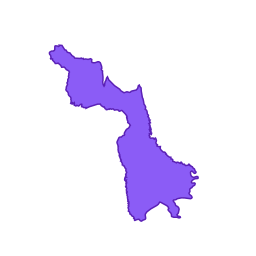 Maisa-Phoka, Leribe, Lesotho, rotated 160°
{"feature_id": "5366337B86145787410070", "entity_name": "Maisa-Phoka", "entity_type": "district", "adm_level": 2, "iso_a3": "LSO", "parent_name": "Lesotho", "parent_adm1": "Leribe", "projection": "mercator", "projection_center": [28.2, -28.776], "detail": "fine", "context": "isolated", "style": "filled", "palette": "violet", "viewbox_px": 256, "rotation_deg": 160, "n_neighbors": 0, "source": "geoboundaries", "source_scale": "gbopen_adm2", "svg_char_len": 5877}
<svg xmlns="http://www.w3.org/2000/svg" viewBox="0 0 256 256"><g transform="rotate(160 128 128)"><path d="M173.9,170.4L172.7,170.9L171.6,170.9L171.6,170.1L172.1,169.6L171.8,169.5L169.8,170.2L170.0,169.2L170.7,168.2L170.7,167.7L170.3,167.6L169.6,166.6L169.1,166.5L168.3,166.8L167.0,165.6L166.6,165.6L164.6,166.4L163.4,166.2L163.4,165.7L164.3,163.9L163.3,163.3L162.6,162.3L160.3,161.5L160.6,160.9L157.0,161.2L148.3,160.8L145.8,159.9L145.5,158.2L143.9,156.1L143.3,156.1L143.1,155.8L142.9,154.0L142.1,153.0L142.1,152.6L140.6,152.3L139.2,152.4L138.9,151.9L138.1,152.2L137.2,151.3L135.6,151.1L135.1,150.6L134.7,149.5L132.1,148.9L130.8,147.9L130.8,147.2L130.1,146.6L128.4,146.8L127.6,146.4L125.6,141.9L125.0,139.7L125.1,138.6L125.6,138.6L125.8,137.2L125.5,136.9L126.0,136.0L125.8,134.4L126.4,133.2L125.4,131.7L124.9,129.7L126.0,129.1L126.3,128.4L127.7,127.7L129.6,127.3L131.0,126.5L131.4,126.0L132.8,124.9L133.4,124.0L133.5,122.8L134.2,122.4L135.1,122.7L137.3,121.8L138.7,122.2L139.7,122.1L142.9,118.9L143.4,117.9L143.4,114.2L143.6,114.2L144.3,111.9L144.7,111.1L145.2,108.5L144.8,107.4L145.0,106.9L144.9,105.7L145.2,105.2L145.6,105.3L145.7,104.5L145.7,103.9L145.3,103.9L145.7,102.5L145.5,102.0L145.7,100.9L145.3,100.2L146.2,99.5L145.7,99.1L145.8,98.8L145.5,96.7L145.5,96.1L146.0,95.4L145.6,95.1L145.3,94.1L144.6,93.7L144.4,91.2L143.9,90.3L144.6,88.7L144.6,87.7L144.3,86.9L145.5,85.6L146.0,85.4L145.9,84.7L146.2,84.5L146.1,84.1L146.3,83.7L146.9,83.3L147.2,82.9L146.5,82.3L148.1,82.1L148.3,81.8L148.3,81.0L148.9,80.5L148.8,79.7L148.4,79.4L148.4,79.1L147.6,79.3L148.0,78.7L147.8,77.7L148.1,76.9L148.5,77.0L148.5,76.5L149.0,76.3L148.9,75.8L149.3,75.1L149.5,73.9L150.2,73.9L150.2,73.0L149.8,72.5L149.9,71.6L150.7,70.5L150.9,69.6L150.6,68.2L150.9,67.9L151.3,68.0L151.2,67.5L151.6,67.2L151.6,65.4L152.0,64.9L151.8,63.3L152.3,62.9L152.7,60.8L152.5,60.6L153.3,59.3L153.2,59.1L152.7,59.2L152.5,58.2L152.6,57.9L153.1,57.8L153.1,56.8L153.7,56.9L153.5,55.8L154.2,55.1L154.0,54.9L154.4,54.6L154.2,53.9L155.2,53.1L155.2,51.2L156.1,49.7L155.3,48.9L155.5,46.3L154.9,46.0L154.5,44.4L154.1,43.5L153.4,43.1L153.0,42.0L153.1,41.4L153.5,41.1L153.0,40.5L153.4,39.1L153.2,38.8L150.8,38.9L148.9,38.5L148.2,36.8L147.5,36.0L147.0,35.9L145.3,36.3L143.2,36.3L142.7,36.6L142.2,37.2L141.6,40.2L141.1,41.2L139.0,42.7L134.3,44.2L127.3,45.4L125.6,46.0L123.6,47.5L122.7,47.0L118.3,42.0L117.4,40.6L117.2,38.5L118.1,37.9L118.3,36.8L116.8,33.3L116.8,31.8L117.3,30.1L117.1,29.7L115.4,28.4L112.6,27.4L110.8,26.0L109.4,26.0L109.3,26.7L109.6,27.1L111.4,28.3L111.7,29.7L109.8,30.9L107.8,34.1L107.6,35.3L108.1,37.1L109.7,38.8L109.6,41.0L110.4,43.7L110.3,44.4L109.8,44.7L107.5,44.3L105.8,44.7L101.7,44.1L98.9,43.0L93.5,40.2L92.3,40.2L91.5,40.9L91.6,42.4L92.7,44.2L93.1,45.4L92.9,46.0L91.6,47.0L90.9,49.4L89.5,50.0L88.4,50.1L87.2,51.0L84.9,51.5L84.0,52.5L83.9,52.9L84.2,53.6L86.3,54.2L86.8,54.6L87.0,55.0L86.8,55.8L85.6,56.8L83.7,57.3L82.5,57.4L79.7,56.7L79.3,56.9L79.0,57.7L79.1,58.5L80.1,59.0L83.2,59.1L84.4,60.2L85.0,61.5L85.0,62.9L84.5,64.9L83.8,65.6L82.8,65.7L82.5,65.5L81.2,62.7L80.3,62.5L79.7,62.7L79.1,63.3L79.6,64.6L79.6,66.8L80.6,68.3L80.8,69.6L81.6,70.2L82.0,71.3L82.4,71.2L82.7,71.6L83.0,72.2L82.8,72.7L83.1,73.2L84.4,72.5L86.7,73.0L87.2,73.7L87.2,74.3L87.6,74.9L88.4,74.8L89.0,75.4L89.5,77.5L89.8,77.8L90.4,77.6L90.6,76.9L91.1,76.9L92.8,78.8L93.7,79.1L94.4,78.7L96.2,80.6L97.3,81.3L96.8,82.9L97.2,83.7L98.2,84.2L97.7,85.9L99.2,86.5L99.6,87.5L100.1,87.8L100.8,89.1L100.8,90.3L101.4,90.5L101.2,91.3L101.4,92.3L102.0,92.6L102.0,92.9L103.1,93.3L104.4,95.8L104.8,97.7L103.9,99.5L105.3,99.9L106.9,101.0L106.7,101.7L106.1,102.1L106.9,103.5L106.8,104.8L106.1,105.6L105.5,106.7L105.5,108.8L105.8,109.3L106.7,108.5L107.1,108.4L107.8,110.0L110.3,110.7L110.9,111.8L110.8,112.3L110.3,112.5L110.3,112.9L110.7,113.6L110.2,114.1L109.9,115.3L109.4,115.0L108.5,115.4L108.3,114.7L108.5,114.3L108.3,114.0L107.5,115.1L108.2,116.3L107.6,116.9L108.5,117.6L108.3,117.9L108.4,118.3L108.1,118.4L107.8,118.0L108.0,117.5L107.7,117.4L106.7,118.9L106.8,119.2L107.4,119.0L107.3,118.5L107.5,118.4L108.3,119.5L107.7,119.7L107.2,120.5L106.7,120.4L106.7,121.8L107.0,121.8L106.4,122.9L106.9,123.4L106.1,124.6L106.7,125.0L105.6,125.6L105.2,125.5L105.5,126.9L104.6,127.8L105.5,128.1L104.8,130.0L105.4,131.9L104.8,132.2L104.4,133.0L105.0,134.5L104.4,137.3L104.5,138.2L104.9,139.1L105.4,139.6L105.0,140.0L104.8,140.9L104.2,141.6L104.4,143.6L104.8,144.9L104.2,148.1L103.9,150.7L104.1,151.5L102.9,158.2L102.0,161.2L102.7,163.1L102.7,164.5L103.7,164.3L105.4,161.9L107.3,160.9L111.6,161.4L112.6,161.4L113.3,160.9L114.4,160.9L116.6,162.4L119.7,162.5L121.9,165.3L122.6,167.4L126.2,172.4L129.6,179.8L129.8,183.1L131.0,182.3L132.7,180.0L133.6,179.4L135.0,177.1L135.3,176.2L136.2,175.5L136.5,177.2L136.0,180.2L135.3,181.2L134.1,184.4L132.9,189.3L132.4,190.2L133.1,191.9L132.9,192.7L132.2,193.0L131.7,195.0L131.7,198.8L132.7,200.2L133.8,200.6L136.5,200.6L137.9,201.0L139.4,201.9L139.4,203.1L138.6,204.8L139.4,205.9L142.0,206.1L144.3,207.4L146.1,207.7L146.3,208.8L147.4,208.8L148.1,209.8L148.9,209.6L154.2,211.9L154.5,213.5L156.1,215.4L156.1,216.3L156.6,217.1L156.8,218.3L159.1,219.9L159.6,222.4L160.7,223.1L161.8,228.2L164.4,229.4L164.5,228.6L165.6,228.4L166.3,229.2L168.0,230.0L168.5,230.0L168.9,229.5L170.0,226.8L170.7,226.1L172.0,225.9L173.4,226.4L174.6,226.3L175.5,226.1L176.1,225.6L176.4,224.7L176.4,224.0L175.9,222.7L176.3,220.2L177.0,219.9L177.0,219.3L175.3,218.7L175.7,217.5L174.6,215.0L174.3,213.5L172.6,212.9L171.5,212.9L169.8,209.9L169.6,207.8L167.2,207.1L166.6,206.1L166.0,204.0L164.2,202.0L163.9,200.6L165.1,199.3L165.5,197.9L166.3,197.1L166.3,195.8L168.1,194.0L168.7,192.3L170.0,191.2L169.8,190.5L170.0,189.5L172.0,187.6L172.4,186.4L173.1,185.6L173.3,184.9L173.1,183.9L172.4,182.9L172.2,181.2L172.6,179.8L172.4,178.7L171.4,176.7L171.4,175.5L172.0,174.2L172.0,173.2L172.9,171.3L173.9,170.4Z" fill="#8b5cf6" stroke="#5b21b6" stroke-width="1.5"/></g></svg>